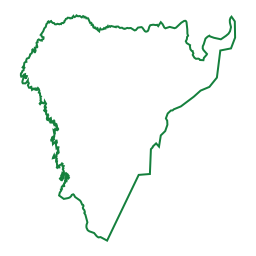 Mateiros, Tocantins, Brazil (Equal Earth projection)
{"feature_id": "56859067B75017008112328", "entity_name": "Mateiros", "entity_type": "district", "adm_level": 2, "iso_a3": "BRA", "parent_name": "Brazil", "parent_adm1": "Tocantins", "projection": "equal_earth", "projection_center": [-46.657, -10.707], "detail": "fine", "context": "isolated", "style": "outline", "palette": "green", "viewbox_px": 256, "rotation_deg": 0, "n_neighbors": 0, "source": "geoboundaries", "source_scale": "gbopen_adm2", "svg_char_len": 5486}
<svg xmlns="http://www.w3.org/2000/svg" viewBox="0 0 256 256"><path d="M85.4,214.8L87.4,222.3L86.5,224.9L86.4,226.4L86.5,227.7L87.7,230.2L89.3,231.3L94.1,233.0L96.7,236.2L98.4,237.4L100.6,237.1L107.1,240.6L138.7,174.9L149.9,174.0L150.9,149.2L152.7,147.3L152.8,146.5L156.1,143.4L159.0,146.6L160.8,135.4L165.2,131.1L167.4,124.8L167.2,120.7L165.9,118.4L167.7,113.5L170.9,110.5L172.6,110.4L173.8,109.3L180.9,106.4L193.8,96.7L200.6,90.6L209.4,86.9L216.9,77.6L220.3,50.5L231.0,48.4L235.1,37.6L234.8,21.4L231.5,16.7L230.5,17.9L229.8,20.0L229.9,22.6L231.0,27.1L230.0,31.3L228.5,33.7L225.9,35.9L220.9,39.3L214.0,37.8L210.0,36.4L209.4,35.7L207.6,36.7L205.5,38.6L203.7,44.4L202.8,46.2L202.7,48.4L203.5,50.1L207.0,54.0L206.7,54.7L203.9,57.9L203.4,60.2L200.0,60.0L199.4,59.1L198.3,58.6L196.0,58.8L194.4,57.7L192.7,54.9L193.4,53.3L192.8,52.1L192.7,51.1L191.7,50.9L190.4,49.2L189.9,46.2L190.1,45.2L186.7,43.1L185.8,41.2L186.8,39.4L187.1,36.9L188.1,35.7L187.4,33.8L187.3,29.4L186.5,22.1L185.8,21.0L185.4,20.8L184.2,20.9L181.3,22.7L176.1,27.6L174.6,28.2L169.7,26.9L165.4,28.3L164.3,27.5L162.6,24.2L160.8,22.2L158.2,26.1L157.1,24.8L156.0,25.1L153.1,24.7L150.3,25.2L149.3,26.8L148.4,29.9L147.6,31.2L146.0,31.7L144.9,31.2L142.3,27.6L141.4,27.1L138.0,27.6L135.8,30.1L134.6,30.4L130.8,28.0L128.7,28.2L127.2,27.9L124.8,28.9L124.3,28.6L123.6,28.7L122.0,27.7L119.9,27.9L118.0,26.5L116.1,26.6L115.9,27.2L111.1,26.0L110.2,26.8L109.5,26.2L108.1,27.1L107.8,26.3L107.3,27.1L106.7,26.9L105.6,27.6L105.6,28.5L104.9,28.7L104.0,28.2L103.5,29.1L101.6,29.5L100.8,29.4L100.3,28.7L99.3,30.6L99.2,31.3L97.8,30.2L97.7,28.4L97.3,28.1L96.8,29.2L95.3,28.3L95.1,27.7L94.6,28.0L93.5,27.5L93.3,27.0L93.7,26.9L92.8,24.8L91.6,24.9L91.6,23.3L91.2,22.8L90.2,23.0L88.1,18.3L86.4,18.3L86.3,17.6L85.4,17.5L84.9,16.9L84.3,17.3L84.1,16.7L83.1,16.1L81.8,17.4L79.8,16.0L78.0,16.3L76.5,15.4L76.0,16.2L74.6,17.1L73.8,16.8L73.4,16.0L72.3,17.3L72.2,18.1L70.2,18.4L69.9,17.9L67.7,17.7L67.1,18.5L65.9,18.9L65.0,20.6L64.4,21.1L64.3,22.2L63.1,23.1L62.6,22.9L61.5,23.2L61.1,24.1L60.3,23.9L59.4,24.3L57.5,23.8L56.0,24.4L54.8,24.2L54.1,23.1L52.6,22.9L52.3,22.3L51.1,21.8L51.0,21.1L50.4,21.3L49.3,22.4L48.4,21.4L47.8,21.9L47.5,23.2L46.6,23.8L46.3,24.6L45.8,26.8L44.3,28.4L43.2,31.3L40.7,34.9L41.5,35.3L41.7,36.5L42.3,37.0L43.5,37.2L43.6,38.0L43.3,39.1L41.8,39.7L41.8,40.6L40.4,40.4L38.8,39.4L38.0,39.9L37.6,40.6L37.6,42.2L36.9,42.3L36.5,42.9L37.2,46.3L36.6,46.3L36.9,47.3L34.9,47.7L35.6,50.7L35.0,52.2L34.5,52.2L33.2,49.4L32.7,49.3L32.2,49.9L32.4,51.1L31.6,53.4L30.1,54.4L30.1,55.3L28.8,58.0L27.2,58.4L26.7,58.9L26.1,60.8L26.4,61.8L24.9,62.3L24.3,63.0L24.0,65.4L22.6,67.4L23.0,67.7L24.1,67.0L24.5,67.7L23.7,68.7L23.6,70.2L22.3,71.1L21.9,72.5L21.3,73.0L20.9,73.8L20.9,75.7L21.3,76.7L22.6,76.2L24.1,74.5L25.0,74.2L24.8,75.6L26.9,76.1L26.2,78.0L25.5,78.1L24.7,77.1L23.6,77.3L22.4,81.4L22.4,82.4L22.8,83.3L25.4,83.4L26.5,82.4L27.8,80.4L27.8,82.2L28.5,82.5L28.8,83.4L27.9,85.2L29.0,87.7L30.5,87.8L30.9,86.9L31.3,86.8L32.0,89.9L32.6,89.5L32.7,88.9L33.2,89.2L34.0,88.5L34.4,88.6L35.2,89.7L36.7,89.9L36.5,88.6L37.3,88.9L37.9,88.0L38.7,88.9L39.4,90.9L38.8,92.6L40.0,93.2L40.1,95.6L41.0,96.6L40.5,97.1L40.5,98.1L40.9,99.0L40.4,100.2L41.0,101.1L40.6,102.3L39.7,103.6L40.1,104.1L41.2,102.7L41.9,103.0L42.2,102.5L43.7,103.3L44.7,102.7L44.8,101.5L46.1,103.8L44.9,105.7L44.6,106.9L44.8,107.7L45.7,107.0L46.0,107.6L44.1,110.4L44.5,110.9L45.5,109.6L46.3,110.7L46.0,112.5L46.2,114.3L46.6,114.7L47.9,114.4L48.2,115.1L47.8,115.4L47.9,117.0L47.2,116.5L46.8,118.8L47.2,119.8L48.0,120.1L48.0,119.1L48.9,119.2L50.8,118.1L51.0,119.5L50.2,120.4L50.0,121.7L50.3,122.5L50.9,122.6L51.2,121.1L52.7,122.5L52.8,121.2L53.4,121.3L54.0,120.6L54.4,121.1L54.1,122.1L54.3,123.1L54.0,124.2L54.3,124.9L55.1,124.2L55.2,125.4L55.6,125.7L55.8,124.7L56.4,124.3L57.0,126.1L56.9,127.2L58.1,128.7L58.1,129.5L57.3,130.1L56.2,128.7L55.8,130.1L55.3,130.5L54.8,129.6L54.4,130.4L53.6,130.0L54.1,132.8L54.8,132.6L54.9,133.4L54.3,134.9L54.3,136.2L54.0,137.4L53.1,136.7L52.1,137.4L51.9,138.7L51.2,139.8L51.3,140.6L52.1,140.7L53.3,138.6L53.8,138.6L54.0,139.3L52.9,140.3L52.7,141.0L52.9,143.5L53.2,143.0L53.5,143.6L54.8,142.3L55.2,142.8L56.1,140.6L56.6,140.6L56.9,142.5L55.9,144.2L56.5,148.4L58.1,147.2L58.5,147.3L58.1,148.8L58.7,152.6L58.3,153.0L57.7,151.7L57.6,152.6L57.0,152.7L56.7,154.7L56.3,154.9L56.5,156.3L54.5,156.8L54.1,155.2L53.1,157.3L52.9,158.2L55.2,157.6L56.4,158.1L56.9,158.9L56.1,159.9L56.1,161.0L56.6,160.7L57.1,161.1L56.8,162.3L57.2,166.2L56.8,167.4L57.2,167.8L58.0,166.7L58.8,167.5L59.4,167.4L59.3,166.5L58.8,165.6L61.3,164.4L62.0,163.4L62.6,163.8L62.2,165.1L62.4,165.9L63.7,166.1L63.0,167.8L63.4,168.5L62.8,169.2L63.8,171.3L63.9,172.3L63.3,172.7L63.4,173.5L62.9,174.0L62.3,173.2L61.9,174.6L61.2,175.5L61.2,176.7L61.9,176.4L61.8,177.8L61.3,178.2L60.4,178.0L59.9,178.7L61.3,180.2L61.9,180.2L62.1,179.2L62.6,179.2L63.4,177.9L63.4,177.1L63.8,176.2L63.7,175.2L66.0,173.1L67.6,174.4L66.2,175.7L66.7,176.2L67.5,175.7L68.6,175.9L68.5,176.9L69.0,177.7L68.2,178.6L67.2,177.6L67.2,178.3L66.6,178.5L65.6,177.7L65.4,178.3L66.2,179.2L66.7,180.6L66.5,181.2L65.9,180.9L65.3,179.9L65.0,180.7L65.1,182.4L64.9,183.0L64.1,183.3L64.0,184.0L64.2,186.1L63.7,186.3L62.8,185.6L61.6,187.2L62.0,188.9L60.9,189.4L61.3,190.4L59.8,192.6L59.1,195.5L63.8,198.9L68.0,198.1L69.7,197.5L71.1,196.2L71.8,194.9L73.2,194.3L73.9,194.8L75.1,197.0L79.9,200.4L80.8,201.5L82.2,204.7L83.0,204.8L83.4,205.4L83.5,206.0L82.8,207.8L83.2,208.9L84.3,210.1L84.9,212.1L84.3,213.0L85.4,214.8Z" fill="none" stroke="#15803d" stroke-width="2"/></svg>